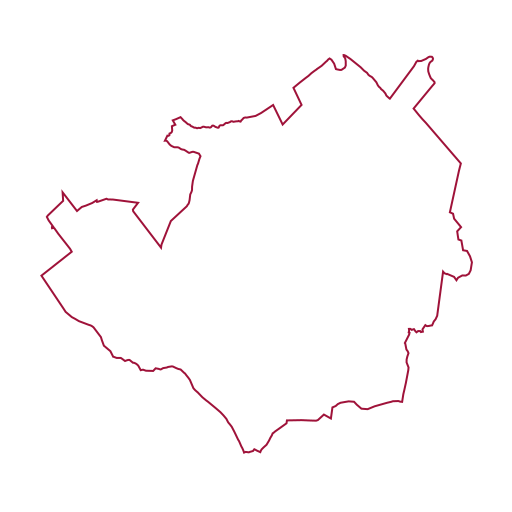 the district of Coxcatlán, San Luis Potosí, Mexico, rotated 177°
{"feature_id": "50627088B1210945284029", "entity_name": "Coxcatlán", "entity_type": "district", "adm_level": 2, "iso_a3": "MEX", "parent_name": "Mexico", "parent_adm1": "San Luis Potosí", "projection": "equal_earth", "projection_center": [-98.903, 21.515], "detail": "fine", "context": "isolated", "style": "outline", "palette": "rose", "viewbox_px": 512, "rotation_deg": 177, "n_neighbors": 0, "source": "geoboundaries", "source_scale": "gbopen_adm2", "svg_char_len": 5352}
<svg xmlns="http://www.w3.org/2000/svg" viewBox="0 0 512 512"><g transform="rotate(177 256 256)"><path d="M462.8,306.0L462.4,305.1L461.2,302.4L457.3,296.3L458.0,296.2L458.3,295.5L458.2,294.4L457.1,294.6L456.7,294.5L456.0,294.4L452.2,288.4L441.3,272.9L439.8,269.9L471.3,247.6L450.9,213.4L449.0,210.1L443.1,204.6L440.1,202.8L436.2,200.2L426.6,196.0L424.7,195.3L423.3,194.4L422.0,193.3L415.1,183.1L414.3,179.9L412.6,174.4L406.4,168.6L403.9,162.9L403.7,162.9L400.5,161.5L396.4,161.3L395.3,160.5L392.3,158.0L390.4,158.6L389.1,158.9L387.7,158.8L384.4,155.8L383.6,155.8L383.3,155.7L382.1,155.1L381.0,154.4L379.4,152.8L378.9,151.8L377.1,148.0L374.8,148.4L371.9,147.2L364.7,146.6L362.1,149.1L359.2,148.4L357.4,147.7L356.8,147.8L354.6,148.9L350.9,149.3L350.4,149.5L349.6,149.8L345.8,150.2L344.8,150.0L341.5,148.2L339.6,147.3L337.2,146.6L333.7,142.9L333.1,142.5L331.7,140.4L329.9,137.9L328.5,135.7L325.4,127.2L323.7,125.1L321.0,122.5L320.7,122.1L316.9,117.7L313.2,114.3L311.6,113.0L309.1,110.7L304.0,106.0L299.7,101.9L296.8,98.5L294.1,94.9L292.8,92.0L292.4,91.2L290.8,89.1L289.2,86.8L287.0,82.0L285.9,79.4L283.5,73.6L282.6,72.0L280.6,66.6L279.8,65.0L278.9,62.7L278.2,60.3L276.6,60.9L273.4,60.3L272.8,60.6L269.3,61.4L269.1,61.5L268.4,62.4L267.8,63.1L266.7,62.5L265.1,61.5L263.9,60.9L262.0,59.9L261.4,61.2L260.6,62.5L258.4,64.5L255.4,66.9L252.7,70.9L251.1,73.8L249.6,76.0L248.6,78.1L248.0,78.3L246.1,79.8L234.3,87.3L233.7,90.2L219.0,89.7L209.6,88.8L204.6,88.4L202.8,88.9L196.5,94.1L189.7,89.8L187.6,100.8L184.3,102.0L182.1,103.8L179.3,105.0L174.5,105.6L171.0,106.0L165.7,105.3L163.2,102.3L158.7,98.0L152.5,97.2L145.4,99.7L132.6,102.6L128.7,103.3L126.9,103.8L121.3,103.7L119.7,103.0L117.7,102.7L116.1,110.3L114.8,114.8L113.0,121.3L109.9,134.0L109.5,136.7L111.2,141.9L111.0,144.8L110.1,147.8L109.2,150.0L108.8,151.0L109.1,151.8L109.4,152.8L110.7,154.8L111.5,160.6L111.9,161.3L107.2,169.5L106.7,171.3L107.5,171.7L107.4,172.1L107.1,172.8L107.0,174.0L107.1,175.2L105.9,175.2L105.4,175.0L104.4,174.1L102.1,174.7L100.6,172.3L99.7,171.4L98.2,172.5L97.9,172.6L97.3,172.4L96.1,172.5L95.8,172.2L95.3,171.4L93.3,171.7L93.6,173.8L93.4,174.3L90.5,178.1L89.2,177.1L88.7,177.0L86.9,177.1L85.2,177.4L83.8,177.5L82.8,179.4L81.9,181.3L80.0,183.4L78.2,186.8L70.0,230.6L68.7,228.9L66.4,227.9L66.0,228.1L59.3,224.8L57.1,221.3L55.4,223.7L51.0,225.8L47.5,225.5L44.4,227.0L42.4,230.5L40.7,238.4L42.3,244.5L45.0,250.0L48.9,250.9L50.1,260.7L53.0,261.9L53.3,264.8L53.8,270.1L49.7,274.1L56.2,282.9L57.0,287.9L60.1,289.5L48.8,330.7L46.6,337.7L73.6,372.6L79.4,380.1L82.7,384.0L86.1,388.4L90.9,395.0L78.8,408.2L70.9,416.8L70.0,417.7L68.6,419.2L68.6,420.3L69.2,421.0L69.9,422.0L70.7,422.8L72.1,424.4L72.6,425.7L73.0,426.8L73.5,428.3L74.0,430.1L74.3,431.4L74.3,433.9L74.0,435.6L73.3,438.0L72.6,439.5L71.6,440.7L70.4,441.4L69.6,442.0L68.9,443.6L69.1,444.5L69.4,445.1L69.9,445.7L71.9,446.0L73.3,445.6L76.0,443.9L80.8,442.1L82.3,442.1L83.6,442.1L84.2,442.6L85.7,441.5L88.3,437.3L114.1,406.1L114.5,406.4L116.8,408.7L117.4,409.4L117.9,410.5L118.2,411.4L120.3,414.3L122.4,416.2L123.1,417.4L124.4,418.6L125.4,420.1L126.7,423.2L130.1,427.7L131.0,428.7L133.1,430.0L134.3,431.1L135.5,433.1L138.4,435.4L141.6,439.0L151.4,447.8L156.0,451.3L157.7,452.1L158.0,452.1L158.0,450.9L157.5,450.1L156.6,448.8L156.2,446.0L156.4,441.5L157.4,439.5L160.9,437.4L162.4,437.4L165.2,438.1L166.4,438.5L167.9,444.0L170.4,448.1L172.2,449.4L173.7,448.4L174.8,447.2L176.3,446.1L176.6,445.8L178.6,444.1L180.5,442.5L183.4,440.7L185.4,439.5L185.5,439.3L188.1,437.7L191.2,435.6L194.2,433.1L194.8,432.7L197.2,431.1L203.2,426.9L209.8,422.0L202.6,404.5L211.7,396.0L222.5,385.9L231.0,405.9L243.5,398.5L249.1,395.9L258.0,394.7L259.5,394.9L261.1,394.5L262.9,392.7L263.5,392.3L264.4,391.0L264.9,391.1L266.3,391.8L266.9,391.5L268.9,391.5L271.5,391.2L272.9,391.8L273.9,391.8L275.0,391.1L277.5,390.3L278.8,390.5L279.5,390.2L281.7,388.5L282.2,388.3L282.7,388.3L284.7,388.4L285.2,388.2L285.8,387.7L286.5,386.3L286.7,386.1L287.8,386.2L288.8,386.7L289.7,387.0L291.0,388.0L291.7,388.4L292.4,388.5L292.9,388.4L294.2,387.0L295.3,386.6L296.8,387.1L298.0,387.1L299.1,387.1L301.2,387.8L302.1,387.9L304.9,386.7L306.8,387.0L307.9,386.7L308.3,386.7L309.4,387.2L309.7,387.3L311.0,387.4L312.9,388.6L313.4,388.8L313.8,388.9L314.5,389.5L315.0,390.3L315.3,390.6L317.0,391.2L317.7,391.8L319.2,393.3L319.8,393.9L320.3,394.2L321.7,395.6L322.3,396.5L323.0,397.3L324.1,398.6L328.8,396.8L332.0,395.8L329.7,391.3L331.1,390.8L333.2,390.0L333.1,385.7L333.7,384.1L334.5,383.4L336.0,382.8L336.2,381.1L337.2,380.6L337.7,380.6L338.2,380.8L340.9,375.9L339.8,375.9L339.0,375.5L338.4,374.8L336.4,371.9L334.8,370.4L332.0,368.9L328.9,368.7L328.4,368.6L327.7,368.4L327.0,368.0L325.8,367.0L324.9,366.5L324.0,366.2L322.2,365.8L320.7,364.8L318.0,362.8L317.7,362.6L317.1,362.5L316.8,362.6L314.7,363.2L313.5,363.4L312.6,363.2L307.6,361.2L307.0,360.0L306.2,358.6L307.4,356.0L309.1,351.2L309.8,349.9L315.1,334.3L316.2,328.6L316.3,327.3L316.4,325.7L316.5,325.0L317.1,323.4L318.4,321.0L318.5,320.6L319.4,315.3L320.2,312.6L320.7,311.6L321.5,310.8L322.5,309.3L323.8,308.2L339.2,295.4L349.8,272.3L350.4,269.3L376.3,307.1L376.5,308.8L371.0,315.3L396.1,319.9L400.8,320.2L402.3,321.0L409.9,318.8L411.3,318.4L412.0,318.4L412.1,319.0L412.2,320.0L416.8,317.5L423.3,315.2L427.4,314.1L432.4,310.3L445.8,329.7L445.7,321.2L461.8,307.3L462.8,306.0Z" fill="none" stroke="#9f1239" stroke-width="2"/></g></svg>